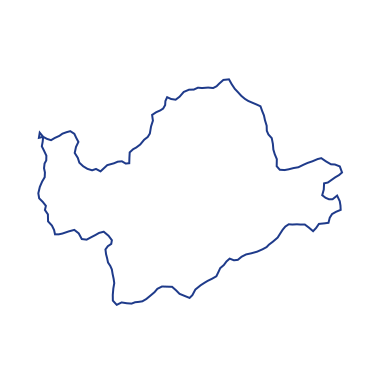 outline of Capitão Andrade, Minas Gerais, Brazil, rotated 348°
{"feature_id": "56859067B3276419285071", "entity_name": "Capitão Andrade", "entity_type": "district", "adm_level": 2, "iso_a3": "BRA", "parent_name": "Brazil", "parent_adm1": "Minas Gerais", "projection": "natural_earth1", "projection_center": [-41.826, -19.051], "detail": "fine", "context": "isolated", "style": "outline", "palette": "blue", "viewbox_px": 384, "rotation_deg": 348, "n_neighbors": 0, "source": "geoboundaries", "source_scale": "gbopen_adm2", "svg_char_len": 2709}
<svg xmlns="http://www.w3.org/2000/svg" viewBox="0 0 384 384"><g transform="rotate(348 192 192)"><path d="M57.9,107.1L56.3,112.0L54.6,116.1L55.8,120.7L57.1,126.2L56.0,130.8L53.7,133.5L52.2,138.0L52.2,142.3L51.0,146.9L47.6,150.6L44.2,155.4L41.4,161.3L41.2,166.4L44.0,170.7L46.2,175.2L44.4,179.0L46.4,183.9L45.1,190.8L48.0,195.7L49.2,200.5L49.2,204.9L53.0,205.7L56.5,205.7L63.3,204.9L69.0,204.6L72.6,208.9L74.4,215.1L79.0,216.7L84.2,215.2L88.6,214.0L92.6,212.7L97.4,212.5L101.3,217.5L103.6,222.5L102.2,226.0L98.4,227.5L95.4,230.2L95.0,234.9L95.2,239.3L95.2,243.5L96.7,247.3L97.5,251.1L97.3,255.7L97.3,260.7L97.0,265.0L95.0,270.0L93.1,276.2L92.0,281.8L94.9,286.7L100.2,285.4L105.2,287.3L109.7,288.6L113.4,288.0L117.0,288.4L120.7,288.6L125.0,287.2L130.0,284.6L134.5,282.2L138.0,279.5L143.0,278.2L147.9,279.4L152.8,280.6L156.0,284.9L158.6,289.0L163.3,292.2L167.6,295.1L170.9,293.0L175.0,288.1L181.1,285.0L185.6,283.3L188.8,282.2L193.6,281.0L198.3,279.5L201.1,275.9L203.8,272.3L207.9,270.1L211.3,267.1L215.0,265.0L218.8,267.5L222.7,267.9L227.1,265.6L232.0,264.3L237.1,264.3L243.3,263.9L249.1,262.7L253.5,261.4L256.3,259.5L260.8,257.4L266.3,254.4L270.0,250.6L272.9,247.7L276.1,245.2L279.9,243.7L283.4,244.7L287.9,245.4L291.4,246.4L295.6,247.3L298.9,251.1L302.3,255.5L305.9,253.0L309.5,249.6L315.0,250.2L319.1,250.5L321.4,245.8L324.4,242.7L328.8,241.3L333.7,240.4L334.4,236.1L334.6,231.7L333.2,225.7L328.0,228.3L324.5,227.6L321.4,225.4L318.7,222.2L321.4,217.0L323.0,211.0L326.8,211.0L331.0,209.2L335.2,207.4L339.4,206.0L342.8,204.1L341.9,197.7L337.5,194.8L333.7,193.8L329.4,189.9L325.5,185.8L321.8,185.9L316.2,187.0L311.1,187.6L306.8,188.5L301.2,189.9L296.3,189.7L291.1,189.9L287.2,189.8L282.5,188.5L280.2,184.4L281.8,177.5L280.8,172.2L280.4,167.4L281.1,161.8L281.2,155.9L278.7,151.6L277.9,147.7L278.8,142.7L278.3,136.9L278.3,132.1L277.5,127.6L276.8,122.4L273.3,119.8L270.0,117.5L265.9,114.6L263.1,111.9L260.2,108.2L257.4,103.4L255.3,100.0L253.2,94.7L251.6,89.5L246.0,88.9L241.2,91.6L238.0,93.7L234.3,94.7L229.5,93.2L223.4,92.4L219.5,91.2L215.0,92.2L210.4,91.3L204.7,92.4L199.7,96.2L195.2,98.3L190.9,96.7L187.4,94.1L184.9,97.5L183.8,101.4L181.1,104.4L177.9,105.6L173.6,106.5L169.0,108.3L168.6,114.1L165.6,119.3L162.9,126.1L160.1,129.0L156.1,130.9L151.2,134.8L146.7,136.9L143.3,137.9L139.3,140.3L138.0,145.1L136.6,150.8L133.1,150.4L129.8,147.4L125.7,146.9L121.6,147.7L114.7,148.1L111.5,150.0L106.8,152.8L102.9,149.5L98.8,150.0L94.5,147.6L90.9,144.2L87.9,139.9L87.4,134.9L85.4,129.4L87.9,123.8L91.3,119.4L90.0,114.9L89.0,110.6L85.6,107.2L81.8,107.4L77.4,108.0L74.0,109.5L69.0,110.6L64.9,112.0L61.2,109.9L57.9,107.1ZM53.5,107.2L57.9,107.1L55.4,102.3L53.5,107.2Z" fill="none" stroke="#1e3a8a" stroke-width="2"/></g></svg>